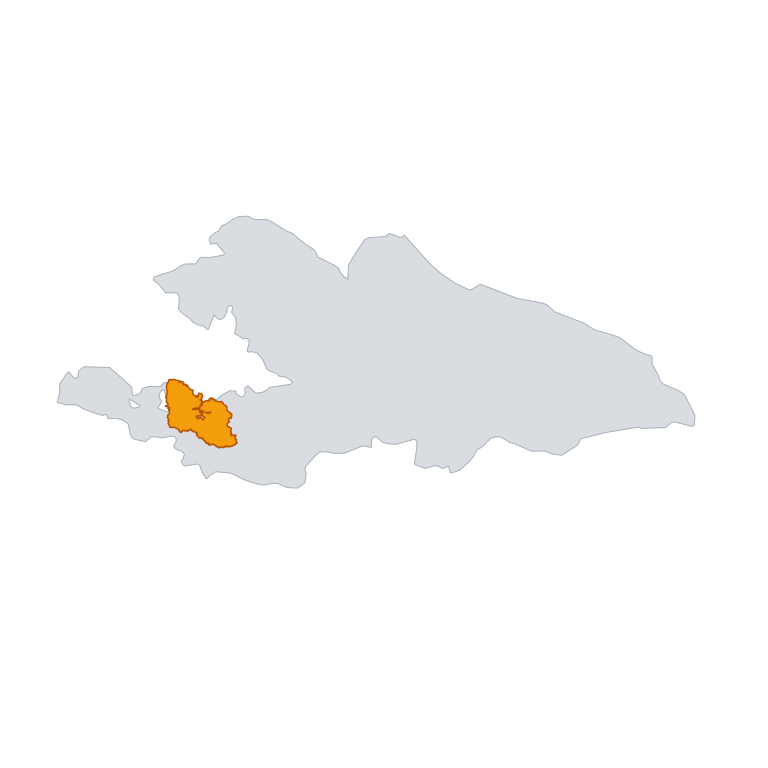 Kadamjay, Batken, Kyrgyzstan shown in context, rotated 19°
{"feature_id": "92254566B89455719533038", "entity_name": "Kadamjay", "entity_type": "district", "adm_level": 2, "iso_a3": "KGZ", "parent_name": "Kyrgyzstan", "parent_adm1": "Batken", "projection": "equal_earth", "projection_center": [71.702, 39.995], "detail": "fine", "context": "in_parent", "style": "filled", "palette": "amber", "viewbox_px": 768, "rotation_deg": 19, "n_neighbors": 0, "source": "geoboundaries", "source_scale": "gbopen_adm2", "svg_char_len": 9795}
<svg xmlns="http://www.w3.org/2000/svg" viewBox="0 0 768 768"><g transform="rotate(19 384 384)"><path d="M174.8,455.0L176.7,453.8L182.5,452.6L194.3,451.5L198.3,452.3L206.4,457.2L212.5,456.6L213.7,457.3L216.1,461.4L224.6,455.3L230.8,453.5L234.0,447.5L240.7,440.3L246.4,439.1L246.5,440.3L247.5,441.3L253.4,443.0L255.1,441.1L256.1,438.5L254.0,434.3L254.0,432.6L255.8,430.0L265.1,434.0L267.1,433.9L271.4,431.7L275.2,427.8L276.6,424.7L295.5,414.8L296.9,413.0L296.6,411.6L288.6,409.3L285.0,410.6L281.7,410.6L279.7,409.2L270.1,408.6L267.9,407.6L261.5,400.4L253.6,395.9L249.7,396.2L245.1,398.0L243.7,397.2L243.3,390.4L242.4,386.4L239.7,385.4L236.2,387.0L226.4,384.8L225.3,376.3L221.6,368.9L216.5,365.9L216.3,361.4L214.5,359.5L213.0,360.0L211.0,362.3L212.0,367.2L211.3,372.2L210.1,374.7L207.9,376.5L205.3,376.6L200.9,374.1L200.2,389.1L199.3,390.0L194.1,387.9L189.9,388.8L183.6,387.9L178.9,385.4L169.6,382.6L165.3,379.9L162.7,369.8L160.2,366.2L157.8,365.4L148.0,368.9L138.0,362.8L133.0,361.5L131.7,359.6L131.9,357.3L147.3,346.1L153.3,338.5L157.1,335.2L166.7,331.8L168.9,324.7L169.7,323.9L179.4,320.5L190.3,314.3L190.6,312.7L189.5,311.2L179.7,305.5L174.7,308.1L171.8,304.9L171.8,301.5L175.1,295.8L177.9,292.9L179.0,287.4L183.0,283.7L187.1,277.9L192.0,273.1L201.1,269.5L206.2,270.7L211.0,269.8L218.4,266.9L222.9,266.7L242.0,271.1L248.3,271.4L263.1,277.1L274.7,280.0L280.4,285.5L298.9,288.0L304.0,289.7L305.9,292.3L311.2,295.7L315.7,296.5L311.7,283.2L313.2,275.3L318.8,253.7L321.9,250.5L336.9,244.4L340.3,239.9L351.2,240.0L353.4,239.2L354.6,236.6L388.4,255.5L401.2,260.8L418.8,265.6L433.7,267.3L436.3,266.1L442.1,258.7L444.9,258.4L481.8,259.7L508.1,255.8L511.9,256.0L521.9,260.2L553.1,261.4L565.4,264.2L584.9,263.2L593.1,263.6L608.0,269.0L613.2,270.1L622.9,270.9L626.6,270.1L628.7,271.3L631.1,278.0L640.5,286.5L644.1,291.1L647.6,293.0L665.0,294.4L671.5,296.2L688.2,312.4L690.7,321.8L689.1,323.8L672.1,325.1L668.3,326.5L664.5,333.5L642.0,342.1L638.6,341.9L608.5,358.2L587.8,371.9L587.1,378.5L575.2,393.5L565.9,395.4L558.0,395.0L545.1,399.6L528.4,398.0L522.7,398.3L511.8,396.2L507.4,397.3L502.8,400.4L496.6,412.4L494.0,415.2L492.9,418.0L492.1,423.8L489.7,430.0L484.5,439.5L479.9,443.9L475.6,446.6L472.1,440.9L466.5,444.9L461.2,444.0L457.9,445.2L450.6,450.3L439.7,450.1L438.4,448.3L436.0,434.6L434.0,428.0L432.4,426.6L430.5,426.4L415.0,437.2L407.7,439.2L401.7,439.5L393.9,436.3L392.2,437.1L390.9,438.8L390.4,441.0L392.7,447.2L392.1,448.4L388.6,448.3L383.7,449.7L368.8,462.5L359.4,465.8L350.5,467.1L345.3,469.4L342.4,474.2L336.7,487.4L337.0,490.2L339.4,493.7L341.3,501.7L340.9,503.8L336.2,510.5L330.2,512.4L325.5,513.4L316.4,512.6L311.7,513.9L303.1,518.9L296.0,519.9L282.7,520.0L269.5,518.1L265.2,518.8L253.6,521.7L249.6,526.4L247.5,530.8L246.4,531.4L241.7,527.4L235.8,520.6L232.9,520.7L222.5,526.3L220.9,526.1L217.9,524.0L218.3,515.4L214.9,513.6L207.8,513.1L205.4,511.2L206.2,505.6L205.4,503.5L203.5,502.0L199.8,502.4L192.4,507.0L183.7,508.6L180.7,510.1L177.3,516.2L165.7,517.5L161.9,516.1L154.9,504.9L148.9,503.2L142.8,503.6L134.4,506.5L132.4,504.1L130.3,503.4L128.3,505.4L118.2,505.7L107.8,505.4L101.9,504.1L98.0,504.2L90.4,507.3L81.0,507.8L80.2,497.3L77.3,490.3L80.3,478.7L81.9,475.0L88.9,479.3L91.4,478.6L92.1,476.3L91.0,471.1L94.6,465.4L119.2,457.7L146.3,469.0L149.8,476.3L152.2,476.0L156.0,472.7L157.2,466.5L162.5,462.9L174.2,458.8L174.8,455.0ZM188.7,480.6L189.2,479.5L187.2,474.1L190.0,469.1L184.5,468.2L181.7,466.7L178.5,461.6L177.5,461.4L175.8,462.8L174.9,466.1L175.7,469.8L179.6,473.2L177.8,480.4L185.9,481.2L188.7,480.6ZM160.3,485.5L160.1,484.0L158.2,483.3L148.0,481.3L148.3,482.8L152.3,488.1L155.2,488.4L160.3,485.5ZM221.0,476.3L221.5,473.0L215.4,474.9L214.7,476.6L216.8,478.7L219.5,479.5L221.0,476.3Z" fill="#d9dde1" stroke="#a8b0b8" stroke-width="1"/><path d="M263.8,488.4L264.1,487.6L263.9,486.9L263.5,486.9L263.1,486.2L262.7,485.9L262.5,485.1L262.6,484.7L261.3,484.3L260.5,482.6L260.8,482.0L260.7,481.8L260.8,481.0L259.7,480.9L259.4,480.6L258.4,481.7L257.7,481.8L256.9,482.5L256.5,482.6L255.8,482.3L255.5,481.9L255.5,481.3L256.3,480.9L256.2,480.7L255.4,480.2L255.5,480.0L255.1,479.5L255.2,479.2L254.6,479.1L254.6,478.1L254.1,477.4L254.3,476.4L254.0,475.6L252.2,475.1L252.0,475.3L251.3,475.0L250.8,475.3L249.0,474.5L249.1,473.6L248.8,472.2L249.8,470.9L249.6,470.2L250.0,469.6L249.0,469.0L248.7,468.6L248.4,467.6L249.0,467.3L249.3,466.7L250.3,466.2L250.2,466.1L250.6,465.7L250.4,463.6L250.1,463.3L250.0,462.4L249.6,462.0L248.8,462.1L248.1,461.8L248.0,461.1L245.7,460.8L243.8,459.8L242.9,456.9L242.1,456.2L238.4,455.1L237.3,453.7L236.7,453.5L235.0,453.9L234.2,454.6L231.5,454.6L231.3,454.9L230.0,455.1L229.2,454.8L229.2,454.1L228.9,453.8L226.9,453.4L224.4,453.9L223.7,454.8L223.9,456.5L224.1,457.1L223.9,457.4L223.0,457.5L222.1,457.3L221.3,457.6L220.3,458.9L219.0,459.9L219.1,460.2L218.4,460.6L218.1,461.6L217.9,461.2L217.6,461.3L217.7,460.6L217.4,459.9L217.0,459.8L217.1,459.5L216.6,459.5L215.9,458.8L215.4,458.7L215.6,458.3L215.2,458.2L216.6,458.5L216.2,458.1L216.1,457.5L216.5,457.3L216.8,457.7L216.2,456.0L216.5,455.2L216.4,454.6L215.4,453.7L215.4,453.1L214.7,452.6L213.8,452.6L212.8,453.1L212.5,452.9L212.0,452.9L211.9,454.0L212.1,454.3L212.0,455.1L212.5,456.6L212.4,456.7L211.7,456.5L212.0,456.9L211.8,457.4L210.6,457.0L210.4,456.5L209.8,456.5L209.7,456.8L209.6,456.6L209.1,456.7L207.0,455.9L206.3,455.9L206.0,455.6L206.2,455.0L205.9,454.6L205.9,452.8L205.3,452.1L204.8,452.0L204.0,452.3L201.2,451.7L199.2,449.8L197.8,450.1L198.3,449.4L197.9,449.1L197.3,449.3L197.0,449.0L196.6,449.1L196.7,449.4L196.1,449.5L196.0,449.2L195.4,449.2L194.6,450.0L194.0,449.4L193.6,448.6L194.1,448.2L192.7,447.3L191.5,448.2L191.1,448.8L190.7,448.9L191.4,448.2L190.1,447.5L185.6,448.1L184.2,447.9L183.4,448.2L182.5,449.0L181.8,449.0L180.6,449.5L180.6,449.9L180.3,450.1L179.3,450.1L179.3,452.2L179.6,452.7L179.4,453.3L178.9,453.8L178.6,454.9L178.9,455.3L179.0,456.4L179.4,457.3L179.4,458.1L179.9,459.3L180.7,460.2L181.4,461.4L181.8,463.6L182.2,464.4L182.0,467.5L182.9,467.4L182.9,468.5L183.7,470.2L183.7,471.3L185.4,472.3L185.1,472.6L186.6,473.6L186.3,474.9L184.6,475.7L184.6,476.0L185.3,476.2L185.9,476.2L186.0,475.9L188.9,476.0L189.1,476.3L188.5,476.6L187.7,476.5L187.7,476.9L188.0,477.0L187.8,477.3L188.3,477.6L189.2,477.6L189.2,477.3L189.7,477.7L189.8,478.2L189.1,478.4L189.3,478.8L189.2,479.1L190.6,480.9L190.8,482.2L189.8,483.2L190.0,484.1L189.7,484.6L190.2,485.8L190.1,486.1L192.3,487.9L192.0,488.1L191.9,488.9L192.1,489.1L192.2,489.8L192.6,490.0L193.0,490.6L192.8,491.0L192.8,491.7L193.1,492.1L194.2,492.7L195.6,494.6L197.0,494.4L197.5,493.9L198.4,493.8L198.7,493.3L199.9,493.6L200.3,493.2L201.1,493.2L202.8,493.6L204.5,493.5L204.8,494.6L206.9,495.4L207.1,496.0L207.9,496.0L208.7,494.3L208.5,493.6L209.6,493.3L210.0,492.8L210.8,493.1L211.5,492.7L212.6,492.8L212.9,492.3L213.4,492.5L214.0,492.4L214.1,491.6L214.8,491.4L215.2,490.4L216.0,490.2L216.2,489.6L216.5,489.6L216.8,490.2L217.4,490.2L217.6,490.4L217.9,490.4L217.8,490.8L218.7,490.8L218.8,491.1L219.5,491.0L220.2,491.1L221.4,490.8L222.1,491.2L222.8,490.7L223.7,491.9L223.5,492.3L223.1,492.5L223.3,493.1L224.1,493.9L224.7,493.8L225.6,494.3L226.7,495.4L227.6,495.1L228.1,494.5L228.8,494.9L229.6,494.8L229.7,494.4L230.0,494.5L230.3,494.2L230.6,494.5L230.5,495.1L230.8,495.1L231.3,495.7L233.4,495.9L233.8,496.2L233.4,496.8L236.0,498.0L236.4,497.8L236.3,497.3L236.6,497.1L237.0,497.4L237.6,497.0L238.1,497.3L237.9,497.7L238.3,498.7L238.6,498.8L239.3,498.0L240.1,498.0L240.7,496.9L242.0,497.0L242.5,496.6L243.2,496.5L243.4,496.7L243.8,496.6L244.5,497.2L245.2,497.3L245.9,497.7L246.5,497.7L246.9,497.2L247.3,497.3L247.1,497.5L247.7,498.0L249.3,497.9L249.7,497.0L250.1,496.9L250.4,496.5L250.8,496.6L252.0,496.4L252.5,496.7L252.9,496.2L253.6,495.8L253.5,495.4L253.6,494.9L253.8,494.7L254.4,494.8L255.0,494.1L255.3,494.0L255.8,494.6L256.6,494.3L256.6,493.9L257.2,493.8L257.7,493.4L258.5,493.7L259.0,493.4L259.1,493.0L259.7,492.6L259.8,492.2L260.7,492.2L261.1,491.4L262.3,490.1L262.7,490.2L263.1,488.7L263.8,488.4ZM217.3,475.1L218.7,474.3L220.0,474.3L220.8,473.5L221.5,473.2L221.1,473.0L221.4,472.6L221.6,472.8L221.9,472.5L221.7,472.0L222.2,472.4L223.0,472.5L223.2,473.4L223.7,473.7L225.4,473.8L224.6,476.7L223.8,476.0L222.0,475.7L221.4,475.1L220.9,475.4L220.6,476.4L219.5,477.4L219.0,477.5L218.9,477.2L219.1,476.1L217.8,475.7L217.4,476.2L217.3,475.1ZM213.2,468.8L214.3,467.8L214.5,468.1L214.9,468.1L214.8,467.8L215.3,467.9L215.4,467.7L215.5,467.9L215.5,467.7L216.5,467.6L217.0,466.9L217.0,466.7L217.1,466.4L217.0,466.9L217.2,467.1L217.6,467.0L217.9,467.7L217.8,468.0L218.6,468.6L219.8,468.7L221.7,468.3L222.8,468.6L223.2,468.4L222.7,468.7L223.1,469.0L222.5,468.8L221.7,468.5L221.4,468.6L221.6,468.8L219.2,468.8L220.1,469.7L219.8,470.5L221.0,470.9L221.2,471.2L221.1,470.6L220.3,470.1L220.6,470.2L221.0,470.0L220.8,470.4L221.5,470.8L221.3,470.9L221.3,471.3L221.9,472.4L221.6,472.6L221.4,471.8L220.9,471.2L219.9,470.6L219.7,470.6L219.6,471.0L219.1,470.8L219.3,470.5L218.5,469.9L218.3,469.0L217.4,468.3L217.3,467.7L216.1,468.2L216.2,468.6L215.7,468.5L215.3,469.1L214.9,469.3L214.4,469.4L214.2,469.0L213.2,468.8ZM224.8,469.1L225.2,468.7L226.1,468.4L226.4,468.6L226.8,467.9L227.3,467.9L227.4,468.5L227.2,469.3L224.8,469.1ZM217.3,463.1L217.6,463.1L217.8,462.5L217.6,462.3L217.7,461.7L218.8,461.8L218.8,462.2L218.5,462.1L218.6,462.3L218.4,462.7L218.5,462.7L218.3,463.1L218.6,463.0L218.7,463.3L218.2,463.1L218.1,463.4L218.3,463.5L217.7,463.8L217.6,464.5L217.3,463.6L217.5,463.1L217.3,463.1ZM210.7,470.8L211.5,470.0L211.3,469.7L211.8,469.2L212.7,469.1L212.7,468.8L213.3,469.0L213.2,469.5L210.7,470.8ZM217.0,466.3L217.0,465.2L217.6,464.9L217.8,465.1L217.5,465.9L217.2,466.5L217.0,466.3ZM228.5,467.9L228.7,467.4L229.2,467.1L229.0,468.2L228.8,468.4L228.5,467.9ZM226.1,454.9L226.0,454.4L226.3,454.7L226.1,454.9Z" fill="#f59e0b" stroke="#b45309" stroke-width="1.5"/></g></svg>